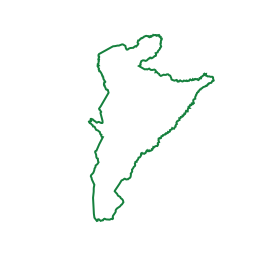 Maua, Niassa, Mozambique, rotated 295°
{"feature_id": "85939544B33000714085001", "entity_name": "Maua", "entity_type": "district", "adm_level": 2, "iso_a3": "MOZ", "parent_name": "Mozambique", "parent_adm1": "Niassa", "projection": "orthographic", "projection_center": [37.153, -13.899], "detail": "fine", "context": "isolated", "style": "outline", "palette": "green", "viewbox_px": 256, "rotation_deg": 295, "n_neighbors": 0, "source": "geoboundaries", "source_scale": "gbopen_adm2", "svg_char_len": 5990}
<svg xmlns="http://www.w3.org/2000/svg" viewBox="0 0 256 256"><g transform="rotate(295 128 128)"><path d="M30.6,139.1L31.0,139.5L31.7,139.1L32.4,139.4L32.5,140.0L32.9,140.2L32.3,142.5L32.8,142.9L33.4,143.8L33.9,144.0L34.0,144.4L35.1,144.5L35.9,145.2L35.9,146.8L37.2,150.1L38.7,151.4L38.8,152.3L39.5,152.7L41.2,151.7L42.1,151.5L46.1,152.2L47.0,152.2L48.2,151.6L49.3,151.7L50.6,152.1L53.6,153.9L55.1,154.2L56.2,154.8L58.8,155.2L60.3,154.0L61.0,152.8L61.3,151.2L62.2,150.1L62.5,147.4L63.6,146.1L65.0,142.7L65.6,142.6L73.9,143.9L77.7,144.3L79.1,145.5L80.5,146.2L80.7,146.7L80.6,148.1L81.6,149.7L82.1,149.7L83.3,150.7L84.8,151.0L87.1,150.3L87.7,149.8L90.3,150.2L92.0,149.2L93.3,149.6L95.2,149.7L96.3,150.3L97.5,150.2L98.5,149.3L99.6,149.3L100.2,149.0L100.7,149.3L101.0,150.1L101.6,149.9L102.6,149.9L103.5,150.4L105.6,150.1L106.3,151.0L107.2,151.3L108.8,151.4L109.7,150.8L110.7,150.7L111.3,151.2L110.9,152.0L111.0,152.4L111.3,152.5L111.8,153.4L111.7,153.6L112.0,153.7L112.5,154.4L115.1,154.5L114.9,155.0L115.4,155.5L116.2,155.5L116.0,156.1L115.7,156.1L115.7,156.6L116.1,157.2L116.8,157.2L116.9,158.0L117.4,158.5L118.4,159.1L119.1,158.6L119.8,159.3L121.5,159.0L121.5,159.8L122.6,160.2L123.8,161.3L124.1,162.2L125.7,162.3L126.5,161.5L126.9,161.4L127.7,161.7L128.3,162.2L129.9,160.7L130.4,160.8L131.4,160.2L132.5,161.1L132.4,161.8L132.7,162.1L134.7,161.8L135.4,162.8L137.0,162.6L136.6,162.8L136.6,163.2L137.6,163.9L137.9,164.6L138.4,164.8L138.7,164.4L139.3,164.6L140.1,166.1L140.5,166.2L140.9,165.9L141.4,165.9L141.5,166.6L142.2,167.3L142.9,167.4L143.8,166.9L145.2,168.2L146.6,168.1L146.5,169.1L146.9,170.1L148.3,170.0L149.4,170.6L150.3,170.0L151.9,170.3L152.3,170.6L153.1,169.7L154.5,169.6L155.0,169.8L155.2,170.2L156.0,170.4L157.0,171.3L158.5,170.4L158.7,171.0L159.2,171.4L160.3,171.2L161.2,172.5L162.1,172.8L162.5,172.3L163.2,173.1L164.7,173.0L164.7,173.7L164.9,173.8L168.1,173.4L168.4,174.3L168.1,174.8L168.3,175.1L170.3,174.3L171.3,174.2L171.6,174.2L172.1,175.1L172.4,174.2L172.9,173.9L173.7,174.7L175.3,174.6L175.5,175.0L175.2,175.4L175.5,175.7L176.5,175.8L177.3,175.4L177.8,176.1L177.4,176.8L178.4,177.2L179.4,176.1L180.5,175.5L181.5,175.4L183.0,176.6L184.4,175.8L185.3,175.9L186.5,175.7L186.8,175.9L187.3,175.7L188.5,175.9L189.1,175.7L190.4,176.5L190.9,176.2L191.7,176.7L193.2,176.8L193.7,177.6L194.8,177.7L195.2,178.2L197.0,179.0L198.0,180.2L199.1,180.7L199.3,181.5L200.2,181.8L200.5,181.6L201.1,181.8L201.6,182.4L202.1,182.1L202.7,182.4L204.2,184.4L206.3,184.6L206.5,185.2L207.2,185.6L208.9,184.1L209.8,183.7L210.0,183.2L210.0,182.6L209.2,181.0L209.2,180.0L208.4,178.3L208.6,177.6L208.4,176.7L208.8,176.3L210.0,175.9L209.3,174.9L209.5,174.3L208.9,174.0L208.0,174.6L207.0,173.8L205.9,173.4L205.3,172.7L203.9,173.2L203.6,172.7L203.7,172.2L203.5,171.8L202.6,172.0L201.2,171.6L201.1,171.3L201.6,170.6L201.6,169.9L200.8,169.1L200.9,168.2L200.2,167.4L199.3,167.3L199.1,166.6L199.4,166.1L198.5,166.0L198.1,165.5L198.3,163.8L196.5,163.3L196.3,162.5L195.8,162.3L195.4,161.5L195.7,160.9L194.8,160.0L194.6,158.6L193.7,158.2L193.2,157.7L193.0,156.1L193.2,155.2L192.7,154.7L191.5,154.4L191.5,153.4L191.1,153.2L191.2,152.9L191.9,152.4L192.1,151.8L190.5,150.0L190.3,147.4L190.4,146.9L191.3,146.3L193.2,144.2L193.3,143.6L193.1,143.2L193.6,141.7L193.0,140.5L192.5,140.3L191.7,139.1L191.4,137.8L189.1,135.8L189.3,134.2L190.1,133.4L190.3,131.8L190.9,130.5L190.2,129.4L191.1,129.3L191.7,128.9L192.0,128.3L192.1,127.2L190.8,125.4L190.4,124.4L190.3,123.8L190.8,122.1L189.2,120.7L189.1,119.9L188.2,118.3L188.8,111.7L189.6,112.2L190.0,112.7L190.8,112.7L191.3,112.1L194.2,111.8L195.6,112.9L196.0,113.8L196.3,115.7L197.4,116.6L199.6,117.4L200.0,118.0L200.8,118.0L201.4,118.8L201.0,119.6L201.3,120.1L203.0,121.2L204.4,121.7L204.9,122.5L205.3,122.7L206.3,122.5L207.5,121.4L209.1,122.9L210.6,122.7L212.3,123.3L213.5,123.4L214.1,123.2L214.5,123.5L215.9,123.6L217.2,122.3L218.4,121.6L218.9,121.9L220.5,121.1L221.7,120.9L222.3,121.2L223.3,120.8L223.1,120.1L223.4,119.7L224.3,119.2L224.0,118.7L224.1,117.8L224.3,117.5L225.1,117.5L225.4,116.8L224.8,116.2L224.8,115.8L223.7,115.2L223.6,114.6L224.1,114.1L223.6,113.0L222.9,112.1L223.0,111.5L222.1,111.4L221.4,110.6L221.0,110.6L221.1,110.2L220.4,110.0L220.5,109.6L219.8,109.6L219.3,109.1L219.3,108.8L219.9,108.4L219.5,107.8L219.8,107.3L219.4,106.6L219.2,105.5L217.5,103.9L216.6,103.7L216.0,103.0L215.5,102.9L214.9,102.4L215.0,102.1L214.2,101.6L212.1,101.1L211.6,100.2L209.4,100.6L208.7,101.8L207.0,101.6L206.3,101.2L205.4,101.1L205.3,100.1L204.9,100.1L204.0,99.3L203.0,99.0L201.4,96.2L200.0,95.0L199.0,94.6L198.6,94.0L198.6,93.5L199.5,92.3L201.3,90.9L201.6,88.0L201.2,87.2L198.9,85.0L198.3,83.7L196.9,81.9L195.7,79.9L182.8,70.5L181.6,70.4L180.5,71.1L180.6,71.6L179.8,72.0L179.0,71.9L178.4,72.0L178.0,72.8L177.6,72.9L177.3,72.4L176.1,73.4L175.6,73.3L174.4,73.9L173.2,73.6L172.6,74.6L172.4,74.1L172.1,74.0L171.3,74.9L171.0,74.6L169.4,76.7L168.7,76.7L168.1,77.3L167.9,78.0L167.3,78.1L167.4,78.8L166.9,79.9L165.3,82.0L164.6,82.4L164.5,83.0L163.8,83.4L163.7,84.0L162.1,85.0L160.2,87.9L159.4,87.7L159.4,87.2L159.2,87.2L157.6,87.6L157.1,87.9L156.8,88.7L156.3,88.6L155.1,90.4L153.9,91.5L153.6,92.3L154.0,92.8L153.9,93.7L151.7,95.5L136.2,94.1L133.4,93.6L132.6,94.2L132.5,94.9L131.2,96.9L130.0,96.7L123.7,101.9L122.1,102.7L121.6,102.5L121.2,101.6L121.2,99.0L120.7,98.3L119.7,97.6L119.6,97.1L120.1,95.9L120.2,94.5L120.9,92.4L120.8,90.9L120.5,90.4L120.1,90.4L119.2,91.6L118.8,91.7L118.2,91.1L117.9,90.3L117.3,89.9L116.7,90.5L116.3,91.4L116.4,92.5L115.7,93.8L115.7,94.6L114.6,95.7L115.0,96.8L114.9,97.3L112.9,99.8L113.0,102.0L112.6,103.1L112.5,104.1L110.8,105.5L110.6,106.8L109.8,106.9L108.9,107.9L109.1,109.1L101.2,108.8L94.1,109.0L93.4,108.3L92.4,108.3L90.2,110.5L88.4,111.5L87.8,112.1L87.4,112.7L87.5,113.6L85.5,114.7L84.5,115.8L82.3,115.5L80.3,114.5L79.0,115.0L77.1,114.8L75.5,115.3L72.8,115.5L69.6,114.5L68.8,114.6L68.4,114.8L67.5,116.0L66.2,116.9L62.3,121.5L59.2,122.3L55.6,123.9L50.0,125.8L35.7,133.4L32.5,135.5L30.6,139.1Z" fill="none" stroke="#15803d" stroke-width="2"/></g></svg>